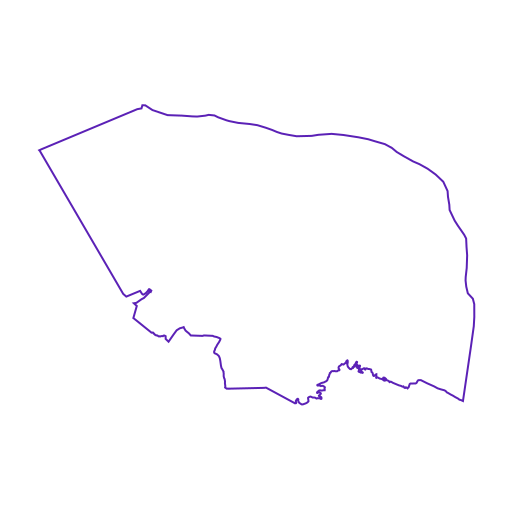 the district of Barito Timur, Kalimantan Tengah, Indonesia, rotated 92°
{"feature_id": "22746128B29529230943245", "entity_name": "Barito Timur", "entity_type": "district", "adm_level": 2, "iso_a3": "IDN", "parent_name": "Indonesia", "parent_adm1": "Kalimantan Tengah", "projection": "orthographic", "projection_center": [115.357, -2.015], "detail": "fine", "context": "isolated", "style": "outline", "palette": "violet", "viewbox_px": 512, "rotation_deg": 92, "n_neighbors": 0, "source": "geoboundaries", "source_scale": "gbopen_adm2", "svg_char_len": 6030}
<svg xmlns="http://www.w3.org/2000/svg" viewBox="0 0 512 512"><g transform="rotate(92 256 256)"><path d="M157.9,476.3L158.5,475.7L298.5,387.4L301.1,384.2L294.9,370.6L297.8,368.6L298.5,367.5L298.5,367.2L298.0,366.3L296.9,364.8L295.2,363.3L292.9,361.8L292.9,361.3L294.0,359.8L294.3,360.0L294.5,359.5L295.7,360.0L295.3,361.1L296.4,361.5L301.9,366.6L303.2,368.9L307.0,373.9L307.5,376.4L310.1,373.4L322.3,376.4L336.0,358.1L336.2,357.9L336.3,357.4L336.1,356.8L336.2,356.1L337.2,355.5L337.2,355.0L338.2,354.3L338.4,353.9L338.6,353.2L338.9,352.9L338.8,352.4L338.9,351.7L339.5,350.9L339.8,350.2L339.6,349.6L339.8,349.0L339.4,348.0L339.3,347.0L339.4,346.2L338.8,345.7L338.7,344.7L339.3,343.5L342.0,343.4L344.7,340.4L337.4,335.7L333.0,332.7L330.9,329.6L330.0,326.7L329.6,325.8L330.7,325.3L333.0,323.8L334.2,322.3L335.6,320.4L337.7,318.4L337.7,306.6L337.2,305.2L337.3,296.5L337.9,295.1L338.3,292.6L339.3,289.8L339.9,288.7L340.7,288.7L343.1,289.8L346.2,291.7L348.2,292.6L349.1,293.2L350.3,293.7L351.0,293.7L352.1,294.2L353.0,294.5L353.5,294.5L354.0,294.4L354.6,294.0L354.9,293.3L355.5,291.7L357.0,289.9L357.3,289.6L357.8,289.4L358.1,289.2L359.5,288.6L362.1,288.0L366.8,287.2L369.1,286.6L370.6,285.6L372.7,284.4L373.0,284.5L374.3,284.2L377.3,284.1L379.1,283.6L379.8,283.2L380.5,283.0L382.4,282.6L384.3,282.6L387.2,282.1L388.5,282.3L389.6,280.7L389.6,280.3L389.5,280.0L389.6,279.6L389.5,279.1L389.6,278.6L389.5,278.3L389.6,278.2L389.5,277.7L387.5,243.3L387.2,241.4L401.5,212.6L401.6,212.3L401.8,212.1L401.7,211.7L401.8,211.1L401.6,210.8L401.1,210.6L400.0,211.1L399.4,211.1L398.0,210.3L397.3,209.6L397.3,209.1L397.8,208.7L398.9,208.8L399.7,208.6L400.1,208.4L401.3,207.6L402.7,205.2L402.7,204.7L402.7,204.1L401.6,201.3L401.2,200.5L400.5,199.5L399.7,198.7L399.4,198.5L399.1,198.5L396.2,199.0L395.9,199.0L395.7,198.8L395.3,198.4L394.7,197.1L394.6,196.5L395.5,194.3L395.4,193.1L395.5,192.1L395.8,191.4L396.3,190.7L396.3,190.3L395.9,189.3L396.1,187.4L395.9,186.7L396.0,186.4L396.6,186.1L396.6,185.9L396.5,185.7L396.2,185.6L395.7,185.6L395.1,185.7L394.9,185.8L394.6,186.2L393.8,188.1L393.5,188.3L393.2,188.2L392.8,187.6L391.6,186.5L391.1,186.4L390.9,186.5L390.7,186.7L390.2,187.5L390.2,188.5L390.1,189.0L390.1,189.3L390.6,189.6L390.8,189.9L390.8,190.0L390.5,190.2L390.1,190.2L388.4,188.5L388.1,187.9L388.0,187.1L388.2,186.0L388.2,185.5L387.8,183.8L387.8,182.7L387.3,182.6L386.1,182.9L385.7,182.8L385.0,182.6L384.8,182.6L384.1,183.3L384.0,183.7L383.4,184.7L383.4,185.1L383.7,186.7L383.3,187.3L383.2,187.6L383.3,188.4L383.2,189.4L383.3,190.0L383.1,190.2L382.8,190.2L382.6,190.1L382.2,188.9L381.9,188.5L380.6,186.1L379.9,183.6L379.0,182.1L378.8,181.6L378.4,181.2L378.0,180.7L377.8,180.5L376.5,180.1L376.1,179.9L375.4,179.9L374.6,179.6L374.2,179.3L374.1,178.9L373.5,178.9L373.0,178.7L371.9,178.6L371.1,178.1L370.4,178.1L370.1,177.7L369.9,177.3L369.0,176.9L368.5,176.2L368.3,175.1L368.4,174.6L368.2,173.3L368.4,172.8L368.4,171.1L368.3,170.8L367.8,170.3L367.5,169.9L367.4,169.1L367.3,168.8L367.0,168.6L366.7,168.6L365.5,169.4L365.0,169.6L364.6,169.6L363.6,169.3L363.3,169.0L362.5,167.8L361.9,167.2L361.5,167.0L361.0,166.5L361.4,165.2L361.4,164.7L360.0,163.2L359.7,162.1L359.4,161.9L359.0,162.1L358.4,162.2L358.1,162.1L357.3,161.4L357.1,161.0L357.3,160.8L357.5,160.7L359.1,160.6L360.3,160.8L361.2,161.0L361.7,160.8L362.8,160.6L364.0,159.9L365.6,158.2L365.6,157.6L365.8,157.3L365.8,157.0L365.1,156.4L364.8,156.0L364.7,155.4L364.6,155.2L364.4,155.2L364.1,155.6L363.7,155.5L363.3,154.9L363.2,154.3L363.3,153.8L363.2,153.5L363.0,153.3L362.6,153.2L362.3,153.6L362.1,154.1L361.8,154.1L360.4,152.9L359.1,152.4L358.4,152.0L358.2,151.7L358.4,151.3L359.0,151.3L360.1,151.9L360.9,152.5L361.2,152.5L361.4,152.3L361.5,151.7L361.3,151.0L361.5,150.7L361.9,150.7L362.9,151.2L363.6,151.2L364.2,151.0L364.4,150.6L364.3,150.4L363.7,150.3L363.0,150.5L362.7,150.4L362.5,150.1L362.3,149.5L362.2,149.0L361.9,148.6L362.0,148.3L363.0,148.3L364.0,148.8L364.8,149.0L366.2,149.2L366.6,149.1L367.7,149.5L367.9,149.4L368.0,149.2L368.3,148.8L368.5,147.9L368.8,147.4L368.9,147.1L368.8,146.3L369.1,145.5L369.0,145.3L368.8,145.2L368.6,145.3L368.2,146.0L367.5,146.7L365.9,147.5L365.5,147.4L365.5,145.8L364.8,144.9L364.4,144.1L364.6,143.3L365.5,143.2L365.7,142.9L365.5,142.6L364.6,142.2L364.4,141.4L364.7,140.7L365.0,139.9L365.0,138.9L365.4,137.2L365.5,137.0L365.8,136.9L367.9,136.5L368.4,135.7L369.1,135.3L370.9,134.9L371.6,134.5L371.8,134.1L371.8,133.9L370.2,132.1L370.0,131.6L372.0,131.5L373.1,131.7L373.4,131.7L373.6,131.5L373.5,131.3L373.0,130.7L373.1,130.2L374.2,128.0L374.4,126.8L374.8,125.4L376.0,123.7L376.1,123.0L375.8,122.1L375.5,121.8L375.2,121.8L374.9,121.9L374.6,122.3L374.2,123.0L373.9,124.0L373.4,124.6L373.1,124.4L373.1,123.5L373.2,123.2L374.4,121.7L375.5,121.1L376.1,119.4L376.3,119.0L377.4,118.1L377.3,117.8L376.9,117.3L377.0,116.5L378.0,114.7L380.3,108.6L380.7,106.8L380.9,106.2L381.5,105.1L381.5,104.8L381.2,104.1L382.3,103.3L382.6,102.9L382.6,102.4L382.2,102.4L382.1,102.2L382.0,101.6L382.3,100.9L383.0,99.9L382.0,99.2L381.9,98.9L378.6,97.9L378.1,97.3L377.8,92.0L377.3,91.2L374.8,89.9L374.4,89.1L374.3,86.9L377.2,80.6L380.1,73.4L381.9,69.9L382.8,66.7L383.6,63.2L384.2,61.9L385.7,60.4L386.1,59.4L387.7,56.5L388.6,54.5L390.2,51.7L390.5,51.0L391.6,48.8L392.2,48.1L392.5,47.7L392.8,46.2L393.7,44.1L339.6,38.1L318.6,35.9L309.3,35.7L296.5,36.2L291.1,37.8L285.9,43.0L279.3,44.8L273.2,45.7L269.8,45.7L260.7,45.0L248.0,45.0L239.8,45.9L231.2,46.6L227.5,48.7L218.5,55.4L213.7,58.7L203.3,64.1L198.0,64.6L190.1,66.2L184.4,66.8L175.3,71.4L168.3,79.3L162.8,87.5L158.5,95.9L156.0,102.3L151.0,112.0L147.2,118.9L143.3,123.9L139.7,131.1L137.2,141.1L135.4,147.9L133.8,157.7L132.0,173.0L131.3,184.7L132.7,197.9L134.0,204.5L134.9,219.5L133.8,227.7L132.7,234.7L131.3,239.5L129.5,244.2L127.5,250.6L125.2,259.2L124.3,267.0L123.6,278.5L122.1,287.5L121.4,290.3L118.7,298.7L117.0,302.4L116.6,308.2L117.5,311.5L118.7,319.7L118.7,324.6L118.3,334.9L118.3,349.3L113.8,364.5L109.3,371.9L109.3,374.8L112.5,375.6L113.4,379.8L156.5,473.5L157.9,476.3Z" fill="none" stroke="#5b21b6" stroke-width="2"/></g></svg>